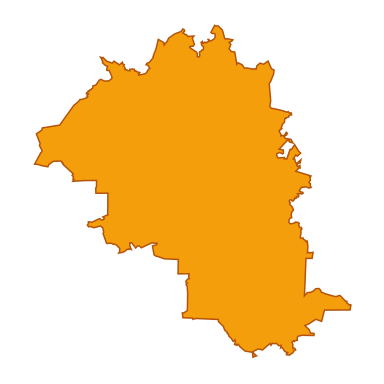 the district of Vestienas pag., Madona, Latvia, rotated 89°
{"feature_id": "27541924B49336573653251", "entity_name": "Vestienas pag.", "entity_type": "district", "adm_level": 2, "iso_a3": "LVA", "parent_name": "Latvia", "parent_adm1": "Madona", "projection": "mercator", "projection_center": [25.839, 56.863], "detail": "fine", "context": "isolated", "style": "filled", "palette": "amber", "viewbox_px": 384, "rotation_deg": 89, "n_neighbors": 0, "source": "geoboundaries", "source_scale": "gbopen_adm2", "svg_char_len": 5840}
<svg xmlns="http://www.w3.org/2000/svg" viewBox="0 0 384 384"><g transform="rotate(89 192 192)"><path d="M161.4,348.9L161.9,344.8L162.9,342.3L164.3,335.7L161.9,334.6L158.8,329.8L158.8,322.4L159.8,321.5L160.5,321.6L161.1,320.3L162.1,320.5L171.7,310.5L173.4,311.6L174.4,310.4L177.2,310.7L177.4,309.8L179.2,311.0L178.7,299.5L178.8,287.3L185.3,287.4L186.4,288.2L191.6,288.1L191.7,276.1L213.6,276.7L213.5,277.2L215.4,281.6L216.7,280.1L218.0,281.0L218.4,282.6L218.2,283.5L216.9,284.8L220.5,292.6L220.0,294.9L220.1,296.2L221.8,296.1L223.3,297.2L225.0,296.0L224.7,294.2L226.0,290.6L224.4,284.2L226.1,281.9L230.5,281.0L232.2,281.6L241.8,278.3L242.1,277.4L241.7,276.2L242.1,272.7L243.0,271.6L242.7,271.1L243.5,268.6L247.2,265.2L250.6,265.5L251.8,266.3L251.0,262.0L249.6,259.4L248.3,258.3L248.3,256.7L247.8,256.1L248.2,255.3L247.8,255.0L248.4,253.8L244.8,255.1L241.8,255.1L241.7,253.2L247.0,249.3L245.0,247.5L245.0,245.7L246.9,243.6L242.2,233.3L242.7,227.8L244.1,228.3L245.2,232.5L254.2,231.0L255.7,228.7L255.8,227.4L258.3,221.0L259.2,206.9L273.6,207.4L273.7,196.4L276.9,196.9L278.5,196.2L279.0,197.9L281.1,199.7L282.1,199.6L283.0,198.2L283.8,199.4L285.1,199.3L285.7,198.5L293.4,198.1L310.4,198.7L312.7,202.3L312.7,203.8L317.6,203.3L318.1,193.7L319.3,193.3L318.8,192.4L318.9,190.9L318.5,190.4L319.9,167.9L322.1,167.8L326.8,163.1L330.8,161.6L333.0,159.2L334.3,159.1L334.5,158.2L337.0,157.5L339.1,155.2L341.8,153.8L342.0,153.0L340.5,151.7L342.0,151.1L345.2,152.1L346.1,149.7L345.1,149.7L345.0,148.4L347.5,146.8L352.0,141.7L353.3,134.3L358.2,134.0L356.9,130.3L354.2,133.3L352.5,133.6L350.3,129.0L350.2,127.8L351.2,124.3L344.8,116.7L346.6,115.7L344.6,114.4L345.1,113.0L344.9,110.2L347.2,108.0L346.9,105.5L349.4,106.1L348.9,105.3L349.3,104.3L352.6,102.4L353.6,101.0L354.2,99.2L355.8,100.6L356.4,100.3L356.8,97.6L354.4,93.8L352.6,92.9L351.7,91.1L350.1,92.0L349.7,93.4L350.2,93.8L349.7,94.0L346.2,93.8L343.9,94.6L342.5,93.2L343.3,92.1L342.4,91.8L342.2,89.3L339.7,89.4L338.1,88.6L337.2,84.7L337.6,72.6L335.6,72.4L335.1,76.1L331.8,77.2L327.5,81.5L326.0,77.6L321.4,70.4L323.6,64.7L312.4,61.6L312.7,36.0L307.9,35.1L307.4,35.3L307.8,36.3L306.0,38.8L303.9,39.1L304.1,40.2L298.1,45.7L298.1,46.8L299.0,49.2L298.9,51.3L296.1,60.5L294.3,64.6L292.5,65.1L290.7,66.8L290.9,69.9L293.0,72.2L294.4,74.9L294.6,78.5L297.9,81.4L260.3,79.2L260.5,73.1L254.4,72.0L254.9,75.1L254.3,77.0L254.7,77.6L247.9,77.1L243.6,77.6L244.0,77.9L243.3,78.2L243.3,79.1L242.5,79.3L241.3,81.3L239.9,81.8L240.1,83.7L239.5,84.6L234.7,83.7L232.2,83.9L231.0,82.8L229.4,83.3L229.7,83.9L228.8,85.3L226.4,85.8L225.3,85.3L224.4,86.1L223.8,89.2L224.7,89.7L225.6,93.6L225.2,94.8L224.0,95.7L221.1,95.3L219.7,94.2L219.4,92.8L216.0,93.2L214.0,92.6L211.6,90.8L207.9,92.5L206.5,94.1L205.4,94.6L204.4,93.9L202.9,95.0L202.1,94.7L201.4,93.6L201.6,92.6L202.7,92.1L202.8,91.2L201.3,89.8L199.9,89.4L200.3,88.6L199.7,87.6L198.5,87.7L198.8,85.7L197.8,85.2L195.7,86.7L195.3,85.0L195.8,84.1L195.5,83.0L195.9,82.4L195.3,81.0L194.4,81.1L193.6,83.4L192.6,84.8L189.3,82.5L189.2,79.8L188.6,78.1L190.1,75.3L189.5,72.8L187.7,73.7L185.9,73.4L184.5,74.9L182.2,73.4L179.0,73.9L178.9,73.1L178.0,72.8L173.1,87.9L170.1,85.0L169.9,83.4L167.3,83.7L168.5,85.6L167.3,86.9L165.0,85.4L164.8,83.3L161.7,82.6L165.5,87.0L163.7,88.2L160.9,88.7L160.8,90.2L156.8,87.6L158.0,86.1L155.0,82.7L153.0,84.7L146.4,88.6L151.1,91.6L151.1,93.2L160.6,96.6L160.4,99.2L159.1,98.9L159.5,105.5L156.7,106.8L155.0,106.4L154.1,103.6L155.5,100.6L154.8,99.9L151.5,100.1L150.8,104.2L142.5,96.3L141.5,94.4L143.6,93.8L144.7,90.2L141.1,92.2L140.0,98.0L138.7,98.8L138.1,99.0L136.9,96.8L135.0,95.6L134.0,96.7L137.5,98.9L137.0,100.0L137.5,102.2L135.8,102.1L132.9,103.8L131.5,103.3L131.5,102.7L130.4,101.3L130.2,101.8L125.7,100.3L123.9,98.4L120.2,97.9L120.1,96.7L119.4,96.6L118.8,94.1L117.0,93.5L116.6,91.1L115.7,91.1L114.5,91.6L114.9,93.2L113.3,94.4L113.8,95.5L111.6,102.4L109.5,111.5L107.7,112.8L102.3,111.7L85.0,112.9L82.6,111.3L75.0,108.2L71.4,107.9L70.2,110.4L62.4,113.7L65.5,118.2L64.3,121.8L67.1,125.0L70.3,125.8L69.8,127.8L70.5,129.0L70.0,129.8L68.9,135.3L69.1,137.4L65.6,139.7L63.6,143.7L65.1,145.0L52.8,146.8L52.3,150.1L49.6,152.4L45.1,150.6L43.2,152.3L41.6,149.2L40.6,148.5L39.3,154.4L39.8,155.5L39.1,156.6L30.6,158.8L26.4,162.9L26.4,165.6L25.8,166.5L32.8,170.3L34.0,169.0L33.8,166.9L34.7,166.1L37.0,166.1L39.3,167.1L41.4,170.7L41.3,171.4L39.7,172.6L39.8,173.3L41.4,172.4L43.0,174.7L42.5,175.3L43.0,175.7L42.9,176.4L42.4,177.0L43.5,177.9L43.5,178.7L41.6,179.1L42.5,180.3L45.5,179.7L46.9,178.0L49.2,178.1L49.9,178.3L50.3,179.8L51.2,180.3L52.2,182.1L55.7,181.8L56.9,182.3L56.8,184.4L54.0,184.2L52.2,185.0L47.5,191.8L46.4,191.5L46.3,188.3L44.4,187.0L38.2,189.0L36.1,187.4L36.4,193.5L34.5,194.9L34.3,196.3L32.8,198.2L30.8,196.5L29.4,197.1L28.9,198.5L31.2,199.8L33.7,206.7L37.7,212.5L41.4,214.6L44.5,217.3L42.2,217.5L38.8,223.0L48.6,225.6L56.0,228.6L56.8,228.3L61.7,232.4L62.6,234.9L64.0,235.7L64.4,234.0L67.6,232.0L68.6,233.4L71.8,235.4L73.0,236.8L74.2,243.3L73.4,243.5L71.6,242.1L70.8,245.1L69.9,246.0L70.2,247.0L68.3,247.5L67.9,249.6L68.3,250.5L68.2,252.1L69.6,251.9L69.6,253.8L68.6,255.2L68.5,256.9L67.2,256.6L64.6,258.2L63.5,257.5L62.7,258.9L61.0,259.3L63.6,262.3L59.8,267.7L61.8,269.6L59.7,275.0L56.0,278.6L56.3,278.9L55.6,281.2L56.3,280.9L56.5,279.4L57.9,280.0L60.0,279.0L61.2,279.3L64.2,276.1L64.8,274.2L68.4,275.3L69.0,274.7L69.1,272.7L75.0,270.2L77.1,270.1L79.4,273.2L79.6,277.5L77.8,281.1L78.5,282.8L83.0,285.9L83.7,286.9L84.0,289.1L86.5,289.5L87.1,290.7L88.0,291.2L88.0,292.2L88.9,292.9L89.0,293.6L89.6,293.5L89.4,294.1L90.8,294.6L90.9,295.6L91.9,295.9L92.1,294.2L92.4,294.0L92.5,294.9L93.0,294.6L94.3,295.4L94.8,294.6L95.8,295.3L97.6,300.5L97.5,302.3L99.6,304.0L103.4,308.7L122.8,323.1L125.3,340.5L127.6,341.2L131.1,346.6L141.0,343.0L142.8,343.7L147.8,341.3L148.9,341.3L150.1,342.5L161.4,348.9Z" fill="#f59e0b" stroke="#b45309" stroke-width="1.5"/></g></svg>